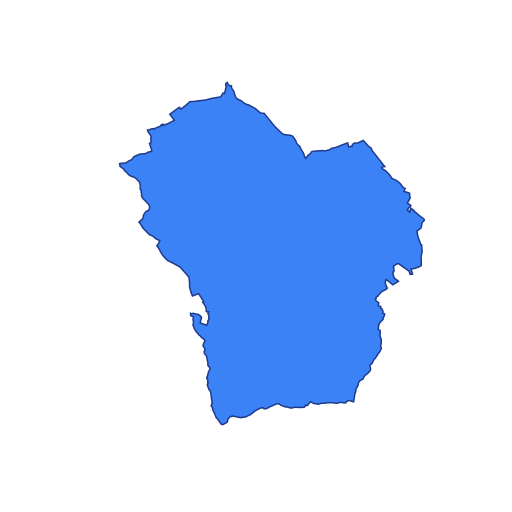 Mesesenii De Jos, Salaj, Romania, rotated 36°
{"feature_id": "2599482B79196905607630", "entity_name": "Mesesenii De Jos", "entity_type": "district", "adm_level": 2, "iso_a3": "ROU", "parent_name": "Romania", "parent_adm1": "Salaj", "projection": "robinson", "projection_center": [22.986, 47.138], "detail": "fine", "context": "isolated", "style": "filled", "palette": "blue", "viewbox_px": 512, "rotation_deg": 36, "n_neighbors": 0, "source": "geoboundaries", "source_scale": "gbopen_adm2", "svg_char_len": 6135}
<svg xmlns="http://www.w3.org/2000/svg" viewBox="0 0 512 512"><g transform="rotate(36 256 256)"><path d="M355.8,370.0L359.5,363.7L361.1,362.2L364.2,362.0L368.6,360.8L370.4,359.6L372.3,359.1L374.0,358.2L376.5,355.4L380.3,352.9L382.8,351.0L384.0,349.8L384.1,348.6L383.7,347.5L385.0,347.1L385.6,346.4L385.5,344.4L386.0,341.7L389.0,341.5L393.2,339.5L393.7,339.1L394.8,337.4L399.3,333.6L400.4,332.4L403.1,330.5L404.3,329.5L405.8,329.0L407.7,327.7L409.0,326.5L410.3,324.7L412.8,323.5L414.9,322.2L414.6,321.3L415.9,318.6L416.3,318.1L417.8,317.5L419.0,317.3L420.7,316.5L416.9,309.2L416.6,308.4L416.7,307.9L416.2,306.7L415.0,305.0L415.0,303.8L414.7,301.1L413.5,298.6L413.4,297.8L413.4,295.5L414.7,293.2L414.8,292.3L414.4,289.9L414.4,288.6L415.4,285.1L415.7,283.4L415.7,282.0L415.6,281.0L415.2,280.3L414.5,279.4L412.7,278.1L412.5,277.6L412.5,276.7L413.1,274.5L412.7,273.3L412.3,270.3L412.6,268.9L412.5,265.2L412.2,263.6L412.4,261.4L412.4,260.1L412.0,258.9L411.9,257.8L411.4,256.8L409.4,255.4L409.3,254.6L408.6,253.0L407.3,251.1L406.2,249.7L403.4,247.9L401.3,244.6L399.9,243.2L399.0,243.6L397.9,243.4L395.7,239.3L395.4,237.0L395.7,234.6L396.1,232.8L395.2,231.1L395.0,229.1L394.1,227.2L391.9,227.6L391.2,226.0L388.7,224.7L387.7,225.1L387.2,224.5L386.7,223.6L384.1,224.3L382.7,221.6L381.2,221.8L379.1,221.6L378.0,220.7L378.1,219.6L377.3,218.7L377.5,217.9L378.0,217.3L378.3,216.7L378.1,215.2L378.5,211.5L379.7,208.7L380.8,206.8L381.2,205.2L380.7,204.5L379.0,203.7L376.7,202.1L375.9,201.0L375.0,198.6L377.2,198.5L383.6,198.9L386.1,192.7L385.2,192.5L382.2,192.8L379.5,191.9L379.3,191.3L378.3,190.8L376.5,189.0L376.3,188.4L376.7,187.9L376.7,187.4L376.3,186.7L375.0,185.4L374.1,184.2L374.0,184.3L373.5,183.9L373.5,183.7L373.3,182.6L375.1,178.9L375.9,178.4L388.9,178.3L391.0,180.0L391.9,180.1L393.3,178.7L393.2,178.5L389.0,175.4L392.4,172.1L393.0,170.6L393.7,169.9L395.3,166.8L394.7,165.6L389.7,159.1L388.8,156.8L387.4,154.2L383.4,149.6L382.8,150.0L377.3,146.3L375.5,145.1L371.6,141.3L373.0,136.6L372.7,135.4L371.3,132.5L370.8,131.1L370.8,130.3L371.1,129.4L371.1,127.9L370.3,127.4L364.2,127.3L360.7,126.9L357.1,126.8L357.0,126.3L353.6,126.3L353.3,126.3L353.6,127.6L354.6,130.0L353.8,130.1L351.3,129.8L351.4,126.5L351.8,125.5L351.6,124.2L351.0,124.1L347.3,124.2L347.0,120.2L346.7,120.2L346.5,118.1L346.1,118.0L345.1,117.1L343.5,115.0L342.3,115.1L337.8,116.8L337.2,114.6L337.1,113.8L334.7,114.0L330.1,112.6L326.2,112.3L324.8,112.4L323.8,112.7L320.1,113.3L317.9,112.3L316.3,111.8L310.1,110.8L307.7,111.1L305.8,110.8L305.6,110.1L306.2,109.3L307.6,108.0L288.8,102.7L287.2,102.0L285.8,101.0L282.8,101.1L274.9,99.4L271.8,104.8L270.8,105.8L269.3,106.7L268.8,107.6L268.7,108.5L268.8,110.3L268.8,110.8L269.1,111.1L268.1,111.7L266.8,113.3L263.7,110.6L260.8,114.8L256.9,121.1L254.2,124.0L253.3,125.8L252.8,127.4L251.7,128.4L250.0,130.5L249.3,131.0L247.9,131.4L247.4,132.0L242.2,136.3L239.9,138.6L239.6,139.5L239.9,140.4L238.9,144.2L238.9,147.6L237.8,147.2L237.2,147.3L236.0,146.3L234.8,145.7L234.4,145.1L228.9,142.8L227.2,141.6L224.4,141.4L222.5,140.9L220.6,139.4L215.4,137.5L212.9,138.1L207.4,141.2L205.0,141.6L195.2,140.2L178.6,135.8L176.8,137.1L175.1,137.6L168.5,137.1L161.2,138.1L160.5,138.3L159.6,138.9L156.5,139.3L152.7,139.1L151.5,139.3L150.0,139.7L147.0,139.8L145.4,139.0L143.1,137.3L142.4,136.6L141.0,135.7L137.8,134.6L137.0,133.9L136.1,132.7L135.7,133.3L134.9,133.7L131.9,133.4L131.4,132.8L131.0,132.8L130.6,132.5L130.3,133.7L130.4,134.7L130.7,135.2L132.7,137.0L132.9,138.0L135.0,143.0L133.5,143.5L133.9,148.0L127.6,154.4L123.3,159.7L118.5,164.0L114.8,167.6L111.8,170.0L110.4,176.3L108.9,181.4L106.7,180.7L106.3,181.4L102.9,192.0L107.7,193.4L110.1,194.4L107.0,200.6L104.8,203.9L104.0,204.9L103.9,204.3L103.3,204.0L102.4,205.5L102.2,206.0L102.6,206.7L99.5,211.7L99.2,212.5L98.6,213.5L97.9,213.4L96.0,215.5L95.7,216.3L94.9,217.4L94.2,217.8L95.5,218.9L100.8,220.7L101.5,222.4L103.6,224.9L104.3,225.9L104.3,226.3L103.6,227.5L108.7,231.1L110.1,232.6L107.6,235.5L107.0,237.0L105.7,238.9L104.3,239.9L102.0,242.0L98.9,247.3L98.8,248.8L98.9,250.3L98.5,251.7L97.3,253.7L96.0,257.3L92.6,260.1L91.3,261.5L92.2,262.0L93.0,263.2L93.5,263.4L98.2,263.4L98.8,263.9L100.2,264.4L101.5,264.3L105.2,265.1L108.2,264.9L111.1,263.9L112.4,263.8L114.6,264.0L118.5,264.8L121.0,267.1L122.1,268.5L122.6,269.6L123.5,270.1L124.6,270.2L125.3,271.6L127.4,273.4L127.9,274.6L130.6,275.9L138.0,277.2L140.4,278.0L142.0,280.4L142.2,282.1L140.8,284.7L140.8,287.8L141.2,289.5L142.1,291.3L142.3,292.1L142.2,293.9L141.8,295.0L141.4,297.4L143.7,297.9L147.9,299.8L157.2,301.4L160.6,300.6L164.9,300.9L169.2,300.1L169.3,301.1L169.8,303.0L169.8,306.0L173.0,307.0L178.4,309.7L181.4,310.6L184.8,311.3L187.2,311.6L193.6,310.5L201.1,309.6L211.3,311.8L214.5,312.8L217.9,316.6L220.5,320.2L224.9,323.7L228.1,325.7L231.7,320.2L240.5,323.6L239.9,324.7L243.3,325.8L246.0,327.3L248.5,330.2L250.6,328.9L250.7,330.3L251.2,331.1L253.1,331.9L254.2,334.1L255.3,334.7L255.2,337.0L255.8,337.4L256.5,338.7L256.4,339.8L256.9,341.0L250.2,342.9L250.0,342.2L248.9,340.4L249.0,340.1L248.1,337.7L246.3,337.1L243.6,337.2L241.7,338.2L238.8,339.3L237.5,340.9L236.8,340.9L238.2,342.6L241.3,342.0L242.3,344.4L244.4,346.3L245.7,349.1L247.4,349.9L248.2,350.6L249.2,351.2L252.7,352.6L254.0,352.7L255.7,353.4L257.3,353.3L259.8,353.9L262.2,353.8L262.6,354.1L264.3,354.1L264.7,355.0L264.9,357.1L265.7,359.4L266.4,360.2L268.9,360.7L269.6,362.0L270.3,362.3L270.1,363.6L271.4,365.0L271.9,365.3L274.5,365.8L279.9,370.8L281.5,372.9L282.8,373.1L284.9,373.9L285.2,374.4L285.6,377.4L287.3,381.8L287.5,383.2L288.3,384.1L289.0,384.0L290.0,384.9L291.5,387.0L292.1,387.1L292.2,388.7L296.5,391.8L297.9,391.9L299.7,393.1L303.9,397.6L306.2,399.8L306.8,400.7L307.9,403.7L309.7,404.2L311.6,405.9L317.3,409.1L318.1,409.9L320.3,410.4L327.1,412.6L328.7,411.4L329.1,410.0L330.1,408.2L330.4,407.0L329.8,406.1L329.2,404.4L329.4,403.3L329.3,402.5L329.6,400.8L330.5,400.3L331.3,399.1L338.3,396.0L339.4,395.1L340.0,394.5L340.2,393.8L341.4,393.2L342.2,392.3L344.0,388.8L344.9,387.4L345.2,385.5L346.0,383.9L345.8,383.3L346.0,382.6L348.6,377.1L350.5,374.7L352.2,374.9L353.7,373.9L354.9,372.0L355.8,370.0Z" fill="#3b82f6" stroke="#1e3a8a" stroke-width="1.5"/></g></svg>